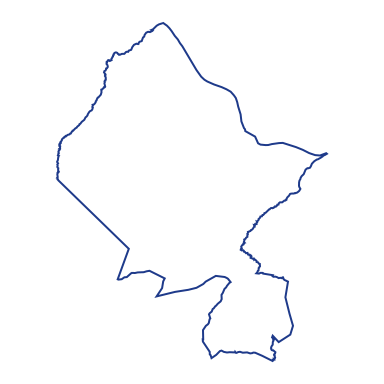 Mulobezi, Western, Zambia (Mercator projection)
{"feature_id": "96606910B3196683578902", "entity_name": "Mulobezi", "entity_type": "district", "adm_level": 2, "iso_a3": "ZMB", "parent_name": "Zambia", "parent_adm1": "Western", "projection": "mercator", "projection_center": [24.85, -16.28], "detail": "fine", "context": "isolated", "style": "outline", "palette": "blue", "viewbox_px": 384, "rotation_deg": 0, "n_neighbors": 0, "source": "geoboundaries", "source_scale": "gbopen_adm2", "svg_char_len": 5901}
<svg xmlns="http://www.w3.org/2000/svg" viewBox="0 0 384 384"><path d="M326.2,153.2L320.0,155.5L315.1,155.1L309.2,153.1L302.7,149.8L296.0,147.1L282.8,142.9L278.9,143.1L271.8,144.1L268.3,145.0L265.8,145.1L260.5,144.6L258.1,143.3L255.1,136.6L245.3,131.1L245.0,129.3L244.0,128.1L241.4,121.4L240.6,114.4L238.2,106.6L237.2,102.1L235.8,98.0L233.9,95.3L230.7,91.7L226.5,89.3L221.6,87.1L214.1,84.5L207.3,81.5L204.4,79.7L201.2,76.7L196.5,70.1L182.3,46.2L180.0,43.2L177.8,39.4L174.8,35.9L171.7,31.2L169.4,28.2L167.0,25.7L163.2,23.0L158.9,24.4L156.7,25.7L153.0,29.3L151.6,29.9L152.8,30.4L152.4,30.9L150.0,32.1L148.1,31.8L146.2,32.7L144.6,34.9L144.2,36.6L143.0,37.5L141.7,41.1L139.5,41.8L138.5,43.3L138.5,43.9L138.1,44.1L136.4,43.7L134.0,44.8L132.3,47.1L131.2,49.8L128.8,50.6L128.2,51.8L127.0,51.7L125.9,52.1L124.4,53.8L121.8,53.9L119.8,54.8L118.9,54.7L118.8,54.2L117.9,53.9L117.3,52.9L116.4,52.5L115.8,52.4L114.5,52.9L114.1,53.8L113.7,54.1L113.7,54.9L113.1,55.3L113.0,56.5L112.6,56.7L112.0,58.1L111.6,58.5L111.3,59.2L111.6,60.1L109.8,61.0L109.0,60.6L108.9,60.1L108.2,60.1L107.5,61.3L106.7,61.7L106.6,62.6L106.9,62.8L106.5,63.9L107.5,65.2L107.8,66.9L106.9,68.3L106.1,68.5L106.0,69.6L105.4,70.6L104.4,71.1L104.0,72.4L105.5,74.3L105.0,74.9L105.4,75.7L105.0,76.1L105.7,77.3L105.8,79.3L105.5,79.5L105.5,80.5L104.8,80.8L104.5,81.3L104.8,82.4L104.4,83.2L105.2,86.7L104.9,87.1L104.3,87.1L104.0,87.6L103.7,87.5L103.2,88.5L102.0,89.3L101.8,89.8L101.3,89.8L101.5,92.3L100.8,94.7L98.3,97.5L97.7,97.6L96.7,99.6L96.6,100.4L95.8,101.2L95.6,102.4L94.2,104.3L92.6,104.8L92.9,105.6L92.4,106.6L92.4,107.3L92.8,107.6L92.3,109.4L91.6,110.4L90.1,111.1L89.2,112.0L87.7,114.4L87.5,115.4L86.5,116.6L85.5,117.4L84.3,119.8L81.7,121.9L80.3,123.8L79.5,124.1L79.2,125.1L77.2,126.7L76.7,127.6L75.3,128.4L73.5,130.3L72.7,130.6L72.7,131.1L71.8,131.7L70.8,133.5L70.1,133.6L69.5,134.4L67.6,134.9L66.0,136.3L65.7,136.1L65.5,136.5L65.2,136.4L64.4,136.9L64.2,137.6L63.6,137.7L61.9,139.4L61.8,140.5L60.5,142.0L60.9,142.9L60.3,143.7L59.9,143.6L59.8,144.6L59.5,144.6L59.7,145.1L59.3,145.3L59.4,146.1L60.2,146.4L60.0,147.9L60.4,147.9L60.1,148.0L60.1,148.6L59.7,148.7L60.0,149.0L59.7,149.8L58.8,150.2L58.9,150.8L58.4,151.8L58.8,153.1L58.4,153.4L58.5,153.8L57.9,155.4L58.7,155.8L58.4,156.1L58.5,156.8L58.2,157.5L57.9,160.0L57.1,161.9L58.1,163.4L57.3,164.5L57.7,165.9L57.3,166.8L57.5,167.4L58.3,168.2L58.1,169.5L58.3,170.5L58.1,171.0L58.8,171.8L58.6,172.1L58.2,171.9L57.5,172.7L57.6,173.7L57.3,174.1L57.7,177.0L57.2,177.7L57.6,177.8L57.5,179.3L58.0,179.5L58.2,180.2L128.8,248.8L117.7,279.3L118.5,279.6L121.7,279.2L124.4,277.3L126.8,277.1L131.1,273.3L131.9,272.9L135.0,273.0L137.8,272.4L143.7,272.2L146.6,271.3L149.5,270.8L164.7,278.4L163.2,281.4L162.1,288.1L156.6,296.4L175.0,291.9L188.4,289.8L196.5,287.8L203.3,284.0L205.7,281.6L215.8,275.9L224.7,277.0L226.8,278.0L228.0,278.8L230.6,282.1L229.3,283.0L227.0,285.8L226.1,287.4L224.5,288.9L222.8,292.9L221.5,294.9L221.7,299.1L220.7,301.3L217.7,303.8L216.0,305.8L215.3,306.2L213.7,308.4L212.7,309.0L211.7,311.6L209.7,313.2L209.0,314.3L210.3,318.5L209.6,319.2L208.8,323.0L207.9,324.3L205.9,325.8L203.0,330.1L203.2,339.3L202.7,339.3L202.9,341.6L209.7,351.8L209.8,354.5L210.6,355.1L211.5,358.1L216.2,354.9L219.9,351.1L221.5,350.6L223.9,351.9L227.0,352.5L229.7,352.2L234.5,352.4L235.1,352.3L235.2,351.9L236.0,352.9L236.5,352.9L238.1,352.1L240.0,351.8L242.8,352.7L247.1,352.4L250.2,353.4L252.3,353.1L253.2,352.6L255.1,352.7L262.2,355.8L272.6,361.0L273.1,360.4L273.0,359.9L273.5,360.0L273.7,359.2L274.1,359.3L274.0,359.0L274.3,359.1L274.8,358.6L274.7,357.9L275.1,357.5L274.7,356.4L274.7,355.7L274.2,355.4L274.0,354.8L274.4,354.0L275.0,353.7L275.4,352.2L273.2,350.3L272.5,350.4L271.8,350.1L271.3,349.5L271.3,348.5L271.0,348.1L271.5,346.4L272.7,344.7L272.8,342.0L273.5,340.7L273.3,340.3L274.0,339.4L273.8,338.4L273.3,338.2L273.2,338.6L272.8,338.6L272.6,338.0L272.8,337.7L272.1,337.3L272.7,335.7L278.7,342.1L290.3,334.6L293.0,325.8L289.5,313.7L285.4,297.3L288.0,281.6L284.4,279.9L283.8,279.3L283.0,277.3L282.4,277.4L281.9,278.2L280.3,277.8L278.7,278.1L276.7,277.0L275.1,276.6L273.7,276.8L272.7,276.3L272.1,276.8L272.9,275.2L263.1,273.6L262.9,273.0L262.5,272.9L260.4,272.9L259.0,273.6L256.4,273.3L257.3,272.3L257.8,270.9L258.5,270.5L258.7,268.0L259.2,267.7L259.3,267.1L260.0,266.3L259.8,263.9L258.9,263.7L258.0,262.3L256.6,262.0L256.5,260.8L254.6,259.3L254.1,259.7L253.8,258.5L252.5,258.7L251.5,258.0L250.6,257.9L250.6,257.0L251.1,257.0L251.5,256.3L251.3,255.9L250.6,255.2L249.8,255.2L249.9,254.9L249.6,254.6L248.0,254.5L247.5,252.9L246.0,253.2L245.0,252.0L244.0,251.7L243.8,250.7L243.0,250.2L241.9,250.5L240.7,249.8L240.9,249.0L241.8,248.4L241.2,246.8L242.0,245.3L242.7,245.0L242.9,244.5L243.4,244.4L243.4,243.8L244.0,243.6L244.1,243.0L244.6,242.8L243.8,242.1L244.4,240.6L244.2,239.5L245.5,238.8L246.1,237.7L247.4,236.8L247.3,235.5L247.8,234.5L247.3,233.9L248.2,232.5L248.0,231.9L250.4,231.0L250.8,230.2L251.4,230.1L252.7,229.0L254.1,226.7L254.6,226.6L254.1,225.2L254.4,225.3L254.8,224.6L255.0,224.9L255.2,224.2L256.5,224.1L256.4,223.1L257.1,222.3L256.9,221.7L257.3,221.9L257.5,221.1L258.7,219.7L258.6,219.0L259.9,217.9L260.4,216.5L261.9,216.3L262.5,215.0L263.2,215.0L264.5,213.6L264.5,213.1L265.6,212.8L269.2,209.3L269.6,209.3L270.9,208.1L272.1,207.9L272.5,208.2L273.7,207.8L273.9,207.3L275.1,206.8L275.2,206.4L275.9,206.6L277.0,205.6L277.3,204.7L278.5,204.6L278.8,203.3L280.0,202.3L282.2,202.3L284.5,200.5L285.2,200.6L285.9,200.2L286.0,199.7L286.5,199.6L286.5,198.9L287.3,197.4L289.1,195.6L290.0,194.0L291.1,193.6L294.0,193.5L295.0,193.0L295.3,193.2L297.3,192.5L299.2,190.9L300.4,188.9L299.4,187.2L299.0,185.9L299.1,182.3L299.5,180.5L300.3,179.3L300.6,177.9L301.6,176.2L303.7,174.2L305.6,169.6L307.4,168.2L308.1,168.3L310.0,167.7L310.9,166.2L311.9,163.7L314.3,161.2L316.9,159.5L317.7,159.4L320.6,157.8L322.8,156.3L323.3,155.5L324.5,155.2L326.9,153.8L326.2,153.2Z" fill="none" stroke="#1e3a8a" stroke-width="2"/></svg>